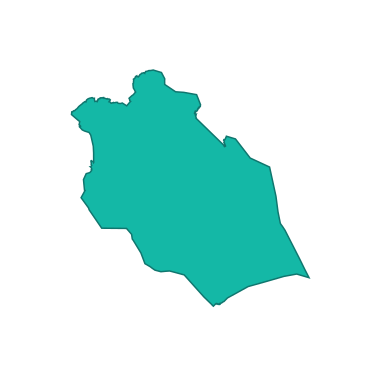 outline of Gausdal nor, Oppland, Norway, rotated 210°
{"feature_id": "86288312B33934459205841", "entity_name": "Gausdal nor", "entity_type": "district", "adm_level": 2, "iso_a3": "NOR", "parent_name": "Norway", "parent_adm1": "Oppland", "projection": "mercator", "projection_center": [10.036, 61.264], "detail": "fine", "context": "isolated", "style": "filled", "palette": "teal", "viewbox_px": 384, "rotation_deg": 210, "n_neighbors": 0, "source": "geoboundaries", "source_scale": "gbopen_adm2", "svg_char_len": 5537}
<svg xmlns="http://www.w3.org/2000/svg" viewBox="0 0 384 384"><g transform="rotate(210 192 192)"><path d="M220.2,121.4L218.6,120.7L205.8,113.7L196.9,106.4L190.7,106.4L188.7,106.1L185.0,105.8L179.1,107.4L174.6,110.6L171.9,112.4L166.4,113.9L157.3,116.3L129.3,107.1L118.2,104.3L117.9,104.1L116.4,103.8L115.5,107.2L115.4,107.4L115.2,107.6L114.9,107.4L114.1,107.3L114.0,107.5L114.0,108.0L113.6,108.0L113.4,108.2L113.1,108.0L112.4,108.0L111.6,108.7L112.2,109.4L111.5,110.1L111.1,110.4L110.6,111.3L110.3,112.1L110.0,112.6L109.6,113.1L109.5,113.4L108.3,118.0L96.1,138.2L82.8,151.8L70.2,164.9L60.3,173.3L47.8,176.3L55.7,181.4L65.4,187.9L92.4,205.4L96.6,207.5L99.2,208.6L100.1,209.3L107.6,217.8L117.1,230.2L137.3,252.4L158.6,250.5L180.9,259.7L190.1,257.5L190.0,257.1L190.0,256.9L189.9,256.7L189.9,256.3L189.9,256.2L189.8,255.9L189.9,255.7L189.8,255.3L189.8,255.2L189.8,254.4L189.7,254.2L189.7,253.7L190.0,253.6L190.2,253.4L190.6,253.3L190.6,253.2L190.4,252.8L190.4,252.6L190.1,252.6L189.2,251.8L189.1,251.6L189.2,251.4L189.2,251.1L188.9,251.1L188.9,250.9L188.9,250.7L188.3,250.3L187.8,250.1L187.6,249.8L187.0,249.5L186.8,249.3L186.3,248.9L185.9,248.5L186.0,248.2L186.4,247.6L186.6,247.5L187.3,248.0L187.7,248.2L187.9,248.4L225.4,257.9L225.4,258.1L225.5,258.4L226.0,258.9L226.2,259.1L226.4,259.2L226.6,259.4L227.2,259.9L227.4,260.1L227.5,260.5L227.4,260.7L227.2,260.7L227.1,260.2L226.9,260.2L227.0,260.5L226.9,260.7L227.0,260.9L227.3,261.1L227.3,261.3L227.4,261.2L227.6,261.4L227.7,261.5L227.9,261.5L228.3,261.5L228.6,261.2L229.0,261.2L229.2,261.4L229.3,261.6L229.3,262.0L229.2,261.9L229.1,261.6L228.9,261.4L228.8,261.6L229.0,262.0L229.3,262.2L229.5,263.0L229.6,263.7L229.4,263.9L229.0,263.8L229.2,263.3L229.2,262.6L229.1,262.4L228.9,262.5L228.8,263.2L228.7,263.8L228.9,263.9L228.8,264.0L228.5,264.2L228.3,264.4L228.2,264.9L228.1,265.2L228.1,265.5L228.3,265.7L228.3,266.1L228.3,266.7L228.0,267.5L227.9,268.0L228.1,268.2L228.4,267.8L228.5,267.7L228.5,267.8L228.5,268.0L228.4,268.2L228.4,268.5L228.2,268.8L228.2,269.1L228.3,269.2L228.2,269.4L228.2,269.8L228.1,269.6L228.1,269.2L227.9,268.9L227.8,269.2L227.8,269.3L227.7,269.7L228.0,269.7L227.8,269.8L227.7,270.1L227.8,270.2L227.7,270.5L228.2,271.6L228.2,271.8L233.4,276.0L236.7,278.6L248.9,274.2L256.3,270.6L269.4,271.5L271.3,274.6L272.2,276.4L278.2,280.2L286.7,278.2L286.9,277.9L287.4,277.5L287.9,277.1L289.0,276.2L290.1,275.6L290.9,274.5L291.6,273.9L292.0,273.4L292.4,273.2L292.3,272.6L292.4,272.0L292.6,271.6L292.4,271.2L293.2,271.3L293.5,271.1L294.0,270.4L294.4,270.2L294.5,270.0L294.8,269.9L295.0,269.6L295.1,269.2L295.4,268.1L295.8,267.7L295.8,267.1L295.8,266.7L295.9,266.3L295.8,266.1L296.0,264.9L296.9,264.9L297.2,264.3L297.8,264.5L298.0,264.8L298.2,264.4L298.5,264.1L298.5,263.5L298.6,263.4L298.6,263.1L298.5,262.9L298.4,262.7L298.4,262.4L298.4,261.8L298.5,261.6L298.8,261.3L298.8,261.0L299.1,260.4L298.7,260.2L297.6,257.8L297.3,257.3L297.2,257.2L297.2,256.7L297.2,256.4L297.3,256.2L297.2,256.0L296.5,255.3L296.4,255.0L296.1,254.6L296.1,254.4L295.8,254.2L295.7,254.0L295.5,253.8L295.2,253.5L295.2,253.3L295.1,253.2L294.9,252.8L294.4,252.5L292.6,251.5L291.9,250.9L290.8,250.4L291.2,248.7L291.4,247.1L292.2,245.4L292.6,244.2L293.4,241.7L293.0,241.4L292.4,241.0L292.3,240.9L291.9,240.6L291.7,240.1L291.4,240.0L291.2,239.8L290.5,239.8L290.9,238.0L291.5,234.6L291.6,234.0L296.9,234.2L298.1,232.9L299.8,232.1L300.5,231.9L301.0,232.0L301.3,232.1L301.4,232.3L302.4,231.8L302.8,231.5L303.2,231.0L304.1,230.4L304.5,230.0L304.9,230.2L305.3,229.6L305.7,229.3L305.9,228.8L306.4,228.4L307.0,228.7L307.6,228.8L308.1,228.8L308.3,228.9L308.5,229.1L309.0,228.8L309.0,229.2L309.0,229.8L308.8,230.1L308.9,230.4L308.8,230.7L308.8,230.9L309.5,231.1L310.0,231.0L310.4,231.1L311.1,230.6L311.5,230.5L311.7,230.3L311.9,230.2L312.1,230.4L312.5,229.9L313.4,229.8L314.7,229.4L315.0,229.1L315.6,229.7L316.3,229.3L316.5,229.0L316.4,228.9L316.8,228.5L317.1,228.4L317.4,228.4L318.0,227.9L318.5,227.7L318.8,227.0L318.6,226.8L318.9,226.6L319.2,226.1L319.7,225.6L319.8,225.2L319.6,224.7L319.4,224.8L319.4,224.7L319.5,224.3L319.5,224.1L319.7,223.9L319.3,223.3L319.2,222.9L319.8,222.7L320.4,222.6L320.8,222.4L321.1,222.1L321.4,221.8L321.6,222.0L322.7,223.2L323.0,223.7L323.2,223.9L323.2,224.0L323.4,224.4L324.2,223.9L324.5,223.8L325.1,223.8L325.3,223.8L325.7,223.8L326.5,223.0L327.6,222.0L328.1,221.4L328.8,220.4L329.3,219.0L329.3,218.7L329.0,217.7L329.1,217.4L329.0,217.0L329.4,217.1L329.8,216.9L330.2,216.3L330.6,215.2L330.9,214.8L331.2,213.5L332.4,210.5L332.8,209.4L332.9,208.9L332.9,208.6L333.0,208.1L333.1,207.4L333.2,207.0L333.4,206.2L333.9,205.3L334.1,204.5L334.1,204.4L334.2,204.2L334.3,203.7L334.9,203.4L335.3,202.8L335.3,202.6L335.5,201.8L335.7,201.6L336.2,201.3L335.1,198.8L326.1,197.1L324.5,196.9L323.6,194.4L323.5,193.9L323.4,193.7L323.2,193.7L322.7,193.8L322.4,193.6L322.2,193.4L321.8,193.5L321.4,193.3L321.3,193.1L321.4,192.9L321.9,192.9L321.6,192.6L322.0,192.5L322.1,192.2L318.1,190.9L315.4,191.1L310.9,192.1L308.1,190.6L303.9,186.1L300.4,182.3L296.7,176.6L293.0,170.2L291.9,168.5L291.9,168.4L292.1,168.6L292.4,168.8L293.4,168.7L294.9,168.8L295.0,168.4L294.8,168.3L294.6,168.1L294.6,167.6L294.2,167.3L293.9,167.0L293.5,166.4L293.4,166.2L293.0,165.3L292.1,164.8L292.2,164.1L292.2,163.3L292.6,163.0L292.0,162.9L290.9,162.4L290.6,162.0L290.5,161.4L290.2,161.5L289.9,161.0L290.2,160.8L289.8,160.1L289.9,159.0L290.3,157.6L292.8,155.0L292.2,148.5L286.0,139.8L285.4,139.9L285.2,131.6L273.7,126.5L272.1,125.1L252.1,115.5L230.5,127.7L223.1,125.1L220.2,121.4Z" fill="#14b8a6" stroke="#0f766e" stroke-width="1.5"/></g></svg>